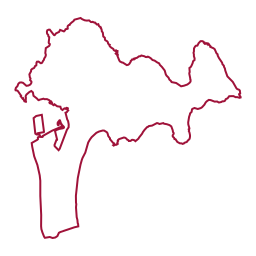 Son Tra, Đà Nẵng, Vietnam
{"feature_id": "81297802B64444176527608", "entity_name": "Son Tra", "entity_type": "district", "adm_level": 2, "iso_a3": "VNM", "parent_name": "Vietnam", "parent_adm1": "Đà Nẵng", "projection": "natural_earth1", "projection_center": [108.275, 16.103], "detail": "fine", "context": "isolated", "style": "outline", "palette": "rose", "viewbox_px": 256, "rotation_deg": 0, "n_neighbors": 0, "source": "geoboundaries", "source_scale": "gbopen_adm2", "svg_char_len": 5627}
<svg xmlns="http://www.w3.org/2000/svg" viewBox="0 0 256 256"><path d="M44.9,237.8L49.8,237.0L52.6,238.0L55.3,237.5L57.4,236.1L58.9,232.8L60.4,232.0L74.4,227.3L78.3,226.4L78.1,224.0L77.7,223.1L77.4,219.9L76.7,217.2L76.0,207.4L76.3,204.1L76.0,202.7L75.9,195.8L77.8,178.0L80.5,164.6L81.9,159.6L82.6,157.8L85.3,152.6L88.2,142.5L90.0,139.4L91.7,137.1L96.4,132.8L99.1,131.5L102.8,130.5L104.2,130.6L106.8,132.2L107.5,133.2L108.3,136.1L110.0,138.3L110.0,139.2L113.2,143.0L114.2,143.4L114.4,143.8L114.1,144.5L113.2,145.2L113.7,145.6L114.8,144.9L116.3,144.8L116.9,144.5L117.1,143.8L117.7,143.8L117.7,143.5L117.3,142.9L117.7,142.0L117.7,140.9L118.1,140.8L118.1,139.9L119.1,139.1L123.9,137.5L125.0,137.7L126.4,138.6L127.1,139.6L128.4,140.2L128.8,141.0L130.6,140.9L131.8,139.9L132.8,139.8L134.5,140.3L135.4,141.2L138.5,138.6L139.0,137.6L142.1,133.7L142.9,132.1L144.6,129.8L147.1,127.1L148.3,126.7L148.6,126.2L149.2,126.0L152.1,125.6L156.9,123.1L157.7,123.2L159.5,124.0L163.3,123.1L164.0,123.7L166.8,124.2L169.5,125.1L171.3,126.4L172.7,130.2L173.0,132.0L173.7,133.1L173.6,133.9L172.7,135.3L172.7,136.3L173.0,136.8L174.1,137.8L174.5,139.1L175.5,139.2L177.3,141.9L179.8,143.3L181.7,143.4L182.6,143.9L184.0,143.4L184.4,142.8L186.7,142.0L187.3,141.4L187.7,140.6L188.5,140.0L189.6,138.8L190.0,136.8L190.0,135.1L189.4,132.3L188.8,131.1L189.2,129.9L188.7,129.2L189.4,128.3L188.3,124.5L188.2,122.3L189.1,116.8L189.9,114.5L190.1,113.4L191.6,111.9L192.0,109.3L192.6,108.8L194.5,108.0L197.8,109.0L200.7,108.1L202.0,107.3L204.4,104.7L205.7,102.4L206.9,101.2L208.8,99.9L210.7,100.1L214.6,101.6L217.1,101.5L218.9,102.5L219.5,102.4L221.3,102.0L222.4,101.3L223.7,101.3L224.6,101.0L225.2,100.4L225.6,99.4L226.0,99.0L227.5,98.4L229.2,96.2L233.4,96.1L235.7,97.2L237.2,97.1L239.5,97.8L240.6,97.5L240.6,96.9L239.1,94.6L239.2,94.0L239.9,93.8L240.2,93.4L239.8,90.5L239.0,89.7L237.3,89.1L236.5,88.4L232.8,81.9L227.4,76.4L225.3,70.6L224.9,68.5L224.0,66.8L223.8,65.6L222.5,64.3L222.1,62.7L219.0,58.1L217.7,55.6L217.6,54.3L216.5,53.3L214.7,49.2L213.4,48.2L211.0,47.2L210.8,46.7L210.3,46.8L210.0,45.7L209.4,45.2L209.2,44.5L208.6,43.9L208.1,44.4L207.9,43.7L207.4,43.9L207.3,43.3L206.8,43.1L206.1,43.5L205.2,43.1L205.0,43.9L204.8,43.9L204.3,43.3L204.3,42.5L203.7,42.5L203.4,41.6L202.1,41.1L200.5,41.2L198.6,43.2L197.4,45.6L196.0,45.7L195.1,46.5L194.0,48.4L193.9,51.6L193.5,52.8L193.9,54.4L193.9,56.2L194.6,58.3L194.5,60.1L193.1,61.2L192.6,63.2L191.5,65.7L190.7,67.0L189.4,68.0L189.7,72.1L189.3,73.0L189.3,73.8L190.2,78.1L190.3,79.5L190.6,79.9L190.5,81.6L189.5,82.9L187.4,84.5L184.0,85.7L181.1,86.3L176.2,83.0L171.6,82.1L170.8,80.8L169.4,79.6L168.5,77.6L166.5,75.6L165.8,74.4L164.7,70.5L161.9,66.9L159.8,64.8L159.2,63.4L157.2,62.4L154.6,60.6L152.5,60.0L150.7,58.2L148.4,56.8L147.4,56.7L147.0,57.1L145.6,57.0L144.5,56.3L141.3,55.5L140.5,56.2L139.0,56.3L137.0,57.8L134.7,58.4L134.7,58.8L133.8,58.8L133.8,59.4L132.0,59.5L131.7,60.2L130.8,60.8L130.8,61.5L129.4,63.8L128.4,64.7L126.8,65.1L122.7,62.5L122.0,62.5L120.0,61.5L119.3,60.5L117.2,55.3L117.3,54.9L117.8,54.9L117.8,54.5L116.8,53.8L116.2,54.0L115.7,53.6L116.3,52.8L117.4,52.5L117.5,51.0L116.7,50.9L116.0,50.3L115.7,50.5L115.6,51.1L114.3,50.5L113.7,50.0L113.3,48.9L111.2,47.6L109.8,46.3L109.4,45.3L109.7,44.8L108.6,44.2L108.0,43.2L107.9,42.3L107.2,41.3L105.3,40.2L105.0,39.7L104.8,37.7L103.3,36.5L102.8,32.6L101.8,31.3L101.7,30.0L101.0,27.9L100.9,27.7L100.7,28.0L99.9,26.7L99.1,26.2L98.3,24.2L97.1,24.6L95.9,23.4L95.5,23.4L95.1,22.6L93.8,22.4L92.7,21.8L92.0,22.1L90.9,22.0L89.1,20.4L86.8,20.6L84.7,20.3L82.2,19.2L80.5,18.0L74.4,19.7L73.6,21.0L71.4,22.7L69.9,24.2L69.7,24.9L68.7,25.1L67.8,26.0L67.5,27.1L67.8,28.2L67.6,28.8L65.6,29.2L64.9,30.5L63.9,31.4L60.1,29.9L59.1,31.9L56.0,33.4L54.7,35.1L54.3,35.2L53.8,34.9L49.8,29.7L48.6,29.7L47.3,30.3L46.9,31.6L47.0,33.1L47.2,33.8L48.2,34.9L48.4,36.4L49.3,37.2L48.7,42.4L48.9,43.2L49.8,44.0L49.8,44.7L49.2,45.9L45.8,48.1L45.3,53.1L45.8,54.5L45.8,55.3L45.4,56.7L44.2,58.5L43.9,59.8L43.0,61.0L42.2,62.6L41.6,63.1L40.7,63.2L38.6,61.6L37.0,61.7L36.5,62.6L36.3,65.4L34.9,66.2L34.5,67.4L33.9,68.1L32.3,68.8L31.2,69.8L31.0,71.4L29.4,74.3L29.9,77.5L30.5,78.4L30.1,80.1L31.3,81.4L31.5,82.0L31.2,83.2L30.3,84.5L28.5,85.5L26.4,85.8L23.0,82.8L21.2,82.4L19.6,82.6L18.4,83.7L17.4,86.2L15.9,87.8L15.4,89.7L15.6,90.3L17.3,90.6L17.9,91.1L21.1,95.7L20.7,96.2L22.6,98.7L23.1,98.3L24.4,101.3L25.9,101.8L26.0,101.5L25.7,101.1L25.9,97.6L25.6,97.0L25.8,95.7L26.5,94.5L29.4,92.0L31.3,91.0L32.9,92.4L33.5,95.8L36.8,98.4L38.4,100.1L38.8,100.2L39.6,99.7L43.5,98.7L44.6,99.2L46.9,99.1L49.1,100.1L50.3,101.1L49.4,102.5L49.7,103.2L50.0,103.3L49.9,102.6L50.7,101.4L51.2,101.4L52.2,103.2L52.0,103.9L52.7,104.6L53.7,105.2L54.5,104.3L57.2,106.3L60.4,106.7L60.9,108.4L61.3,109.1L62.5,110.0L64.4,108.4L65.6,108.8L65.9,108.2L66.7,107.8L67.8,108.2L67.9,108.6L67.4,109.5L68.2,110.5L67.2,111.4L66.8,112.2L65.5,112.7L67.2,119.4L68.1,121.1L68.7,124.4L68.6,127.3L66.9,129.8L59.7,148.8L58.6,150.2L54.7,146.2L54.5,145.0L56.4,140.0L56.9,140.0L57.1,139.6L55.0,131.0L56.7,129.9L59.4,128.9L62.9,128.3L63.9,127.7L64.0,127.2L63.7,126.6L62.1,125.0L60.9,123.1L60.0,120.4L59.5,120.3L57.9,122.3L57.6,123.1L57.7,124.6L58.1,125.2L58.5,125.2L58.9,123.5L58.7,123.0L59.2,122.3L61.1,124.2L62.2,126.4L52.3,130.6L42.7,136.0L42.8,136.6L42.2,137.0L40.4,136.9L38.9,133.0L43.7,132.2L44.0,131.9L41.8,114.8L36.2,116.0L33.6,118.1L35.3,133.6L36.3,134.3L37.1,134.6L37.6,134.3L37.6,133.3L38.5,133.1L39.8,136.7L38.1,137.2L37.8,137.7L38.0,139.1L37.3,139.8L31.7,143.0L32.2,146.6L34.2,156.3L37.4,165.0L39.7,175.3L40.3,180.7L40.3,195.9L41.2,215.0L41.1,226.2L41.4,229.2L42.4,232.4L44.1,236.7L44.9,237.8Z" fill="none" stroke="#9f1239" stroke-width="2"/></svg>